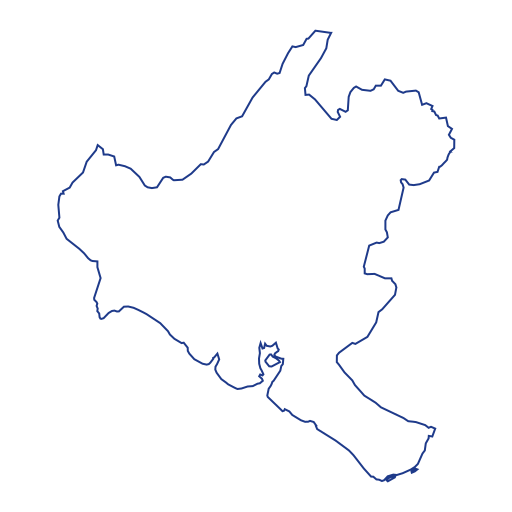 the district of Boffa, Boffa, Guinea
{"feature_id": "49546643B38864499602181", "entity_name": "Boffa", "entity_type": "district", "adm_level": 2, "iso_a3": "GIN", "parent_name": "Guinea", "parent_adm1": "Boffa", "projection": "mercator", "projection_center": [-14.02, 10.351], "detail": "fine", "context": "isolated", "style": "outline", "palette": "blue", "viewbox_px": 512, "rotation_deg": 0, "n_neighbors": 0, "source": "geoboundaries", "source_scale": "gbopen_adm2", "svg_char_len": 4465}
<svg xmlns="http://www.w3.org/2000/svg" viewBox="0 0 512 512"><path d="M331.1,32.9L330.9,32.9L315.4,30.7L308.4,38.6L306.6,38.8L303.2,45.0L295.7,47.1L292.4,46.4L288.1,53.1L282.6,63.8L279.6,73.0L277.2,73.7L274.2,72.5L271.9,74.0L268.8,79.4L265.5,81.8L252.6,97.5L242.1,116.3L236.4,118.4L231.0,124.9L218.1,149.1L214.0,152.0L208.1,161.6L203.8,164.5L200.8,164.2L191.3,173.6L182.5,179.7L174.7,180.2L173.7,180.2L172.7,179.6L170.2,177.4L165.8,176.7L163.2,177.8L157.0,187.3L151.9,188.1L147.6,187.3L144.8,185.5L139.4,176.9L130.7,168.7L124.9,166.2L118.5,164.7L116.1,165.3L114.2,156.5L108.1,154.5L103.7,154.5L102.9,149.2L97.7,145.1L96.0,150.2L86.7,161.7L83.0,172.5L73.0,182.1L72.5,182.6L72.4,182.8L69.7,187.6L62.9,191.2L63.4,192.9L63.4,193.0L63.5,193.4L63.6,193.7L61.0,193.7L59.4,196.4L58.3,204.8L59.4,217.7L57.7,220.6L59.3,226.9L63.3,232.5L66.6,238.8L79.3,248.8L84.1,253.3L88.1,258.2L90.6,260.3L92.4,261.0L97.4,261.4L97.4,267.2L100.6,278.1L94.1,298.0L94.3,299.8L96.5,302.0L97.3,303.6L96.6,305.9L97.7,308.6L97.3,311.1L98.9,313.1L99.2,313.5L99.6,317.2L100.4,318.6L101.3,318.9L103.6,318.2L108.6,313.0L111.9,311.0L114.4,310.6L117.0,311.5L118.9,311.4L123.9,306.7L128.2,306.5L133.6,307.8L138.3,309.9L143.5,312.5L146.5,314.1L160.3,323.2L162.3,325.3L168.0,331.2L169.9,334.5L174.4,338.8L181.6,343.1L183.7,342.7L187.3,347.2L187.7,347.7L187.8,350.9L189.3,353.6L194.3,359.2L202.5,363.7L206.6,364.6L208.8,364.1L210.3,362.7L213.2,358.9L213.1,358.0L214.2,357.4L217.4,353.6L219.2,359.4L217.1,364.0L215.5,366.7L215.3,369.6L216.6,372.7L221.3,379.1L226.1,382.6L228.1,384.3L233.6,387.2L235.8,388.3L237.5,389.0L241.5,388.5L247.6,386.5L252.8,386.1L257.5,383.7L259.8,383.3L262.8,380.8L262.0,378.8L259.2,376.3L260.2,374.5L262.5,375.4L263.4,374.3L261.6,370.4L260.4,368.3L259.2,363.8L259.0,358.5L259.9,353.2L259.3,347.8L260.6,343.1L262.5,348.5L264.1,348.0L265.1,343.7L266.7,345.8L270.3,346.5L272.3,345.8L275.9,342.7L276.7,345.3L277.7,348.5L278.7,349.5L278.2,351.1L276.8,352.0L275.0,353.4L274.3,355.0L275.5,356.5L281.4,358.7L283.3,358.8L283.0,362.3L282.8,364.2L281.3,366.0L280.3,370.7L273.6,380.8L272.4,381.8L271.5,384.3L270.5,386.2L268.7,388.7L267.3,395.5L267.8,397.0L280.8,409.5L282.5,411.2L284.0,410.7L284.7,409.5L284.8,409.2L285.4,409.5L289.3,411.4L292.3,415.0L301.0,420.3L305.1,421.8L308.2,421.7L310.0,420.9L313.7,422.0L316.3,425.7L315.9,426.0L317.2,429.1L335.5,440.5L349.0,450.5L353.4,455.1L357.3,460.1L363.8,468.5L371.1,476.6L373.3,476.7L376.4,479.4L379.1,479.7L381.9,481.0L384.0,480.3L387.1,477.0L387.7,476.3L393.3,474.6L396.8,475.0L402.7,473.2L410.9,469.5L414.8,467.0L417.9,463.9L422.5,453.5L424.1,451.4L424.8,450.5L424.9,449.8L425.8,443.3L428.6,438.4L428.8,435.9L430.0,436.1L432.3,436.5L435.2,428.6L431.0,426.8L428.6,427.8L428.4,427.6L425.2,425.1L416.0,422.1L413.1,421.7L408.2,421.2L403.6,418.1L380.9,407.3L375.6,402.7L364.3,395.6L354.9,385.0L352.3,380.4L344.5,372.4L338.9,364.6L336.8,362.1L336.9,355.4L339.1,352.7L352.3,342.9L355.4,343.9L367.4,336.9L376.2,322.4L378.5,312.1L382.2,309.3L395.0,294.8L396.3,287.8L396.4,287.6L395.4,284.2L392.1,280.8L391.4,278.3L384.9,278.3L374.6,273.9L367.3,274.2L364.7,273.4L364.7,268.6L363.8,266.7L369.2,245.6L376.6,242.6L379.3,243.1L383.8,241.7L387.8,237.4L386.9,232.3L385.4,229.5L385.4,220.6L387.8,215.4L390.6,212.3L398.5,209.9L403.6,187.6L402.6,184.2L401.1,182.4L400.7,180.2L401.7,179.1L405.3,179.6L409.2,184.6L413.7,185.1L419.7,184.2L429.1,180.5L434.0,172.6L437.5,171.9L439.2,166.8L440.1,166.7L441.9,165.3L443.9,163.1L445.6,161.4L447.1,159.7L447.5,157.5L448.5,154.8L449.0,153.8L450.0,152.4L450.2,151.6L450.3,151.6L450.2,151.5L454.2,148.1L454.3,139.7L450.8,137.8L448.9,134.8L452.0,128.9L447.9,126.1L446.0,117.6L439.2,118.5L437.7,115.6L436.0,115.0L434.3,111.5L432.3,111.1L432.5,109.9L431.2,109.0L432.5,106.0L426.4,103.2L422.1,104.8L418.7,92.3L415.9,90.6L406.1,91.6L403.2,92.8L398.2,90.8L390.5,80.7L384.8,79.4L380.9,85.7L375.8,85.7L373.7,89.3L370.5,90.8L362.0,89.8L356.1,86.5L353.8,87.9L350.4,92.1L348.7,96.8L347.8,110.3L345.6,111.8L339.8,108.9L338.1,109.9L337.7,111.9L340.1,116.8L336.8,120.0L331.5,118.8L315.0,99.4L309.1,94.6L305.5,94.9L304.9,88.1L306.4,86.2L308.8,75.6L321.0,58.1L326.3,48.3L327.7,39.7L331.1,32.9ZM279.9,362.1L279.0,360.6L275.9,358.2L272.8,356.7L271.0,354.4L269.6,354.6L265.3,360.4L265.5,361.7L269.2,366.3L271.6,366.5L279.9,362.1ZM394.8,477.4L395.5,475.7L389.8,477.4L387.5,479.0L386.7,480.3L387.8,481.3L394.8,477.4ZM414.8,471.4L417.3,469.4L415.7,468.8L411.5,471.5L411.8,472.7L414.8,471.4Z" fill="none" stroke="#1e3a8a" stroke-width="2"/></svg>